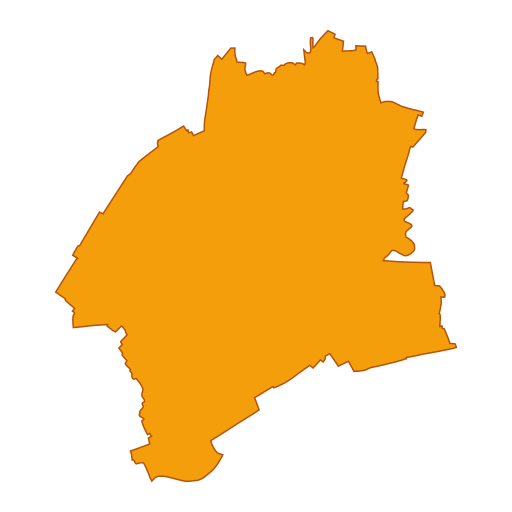 outline of Thai Binh, Thái Bình, Vietnam
{"feature_id": "81297802B85054848055124", "entity_name": "Thai Binh", "entity_type": "district", "adm_level": 2, "iso_a3": "VNM", "parent_name": "Vietnam", "parent_adm1": "Thái Bình", "projection": "orthographic", "projection_center": [106.35, 20.453], "detail": "fine", "context": "isolated", "style": "filled", "palette": "amber", "viewbox_px": 512, "rotation_deg": 0, "n_neighbors": 0, "source": "geoboundaries", "source_scale": "gbopen_adm2", "svg_char_len": 5967}
<svg xmlns="http://www.w3.org/2000/svg" viewBox="0 0 512 512"><path d="M217.7,55.5L214.2,59.7L212.5,66.3L211.8,68.4L211.0,72.0L210.4,75.4L210.0,79.7L209.8,83.3L209.4,86.8L208.8,90.2L208.4,95.2L206.7,107.6L205.1,117.3L204.4,123.4L204.2,130.8L193.5,135.6L191.6,131.9L189.2,132.8L187.7,131.3L188.3,130.7L188.4,130.4L188.4,130.1L187.9,130.0L186.5,130.6L183.6,126.0L175.1,131.2L158.0,140.4L157.7,141.8L157.5,143.3L157.8,145.4L158.2,146.7L149.3,153.4L138.9,161.6L138.1,162.7L136.8,164.7L135.3,166.4L130.8,173.4L129.8,174.2L127.5,175.9L105.2,210.3L103.1,213.8L99.5,212.1L79.6,245.7L78.2,245.9L77.8,246.2L74.0,252.6L72.7,255.3L77.7,258.2L76.4,259.2L66.7,274.4L55.7,292.1L64.5,298.2L64.8,298.5L65.5,300.2L65.9,300.8L69.0,303.7L74.6,308.3L72.4,311.1L74.3,312.5L74.6,313.1L74.4,313.7L73.4,315.2L73.0,316.5L72.9,318.4L72.9,321.8L73.3,327.6L81.7,326.8L89.1,325.9L95.4,325.3L107.5,324.5L107.0,326.0L112.6,330.3L115.3,331.9L117.3,330.2L121.4,326.0L122.2,326.3L125.4,330.6L125.6,332.2L126.2,333.4L127.1,334.8L123.2,339.0L121.1,341.0L120.7,341.6L120.6,341.9L120.7,342.2L122.3,344.4L118.9,348.1L122.5,353.0L122.5,353.5L122.0,354.8L123.1,356.4L126.9,360.7L125.3,363.5L125.3,363.9L125.6,364.3L127.8,366.8L129.8,368.6L130.4,369.3L130.4,369.6L129.9,370.6L130.0,371.0L131.5,372.8L131.8,373.3L131.9,374.3L131.9,376.7L132.1,377.4L132.5,378.1L132.9,378.7L133.7,379.1L134.2,379.2L135.6,378.6L136.0,378.6L136.6,379.1L139.6,382.6L141.6,386.0L142.5,387.9L142.9,388.9L142.9,389.5L142.7,391.0L142.1,393.1L141.9,395.1L142.0,396.1L142.4,397.0L144.0,399.2L144.4,399.9L144.5,401.1L144.5,401.5L144.1,401.9L142.6,402.8L142.2,403.3L142.4,404.5L143.2,406.2L143.1,407.1L142.1,408.6L140.4,410.4L139.9,411.4L139.4,414.0L139.4,415.5L139.5,415.8L140.1,416.3L142.9,418.1L143.7,418.7L143.9,419.1L143.8,419.4L143.6,419.7L141.8,420.9L142.1,422.3L143.5,426.4L147.5,434.6L149.7,433.5L151.5,436.4L148.4,438.0L149.7,444.0L140.1,447.6L130.4,451.0L131.5,454.1L132.2,460.0L133.0,459.9L133.5,460.0L134.0,460.4L135.5,463.3L135.9,463.7L136.3,463.8L136.9,463.7L139.6,462.9L141.2,462.7L143.3,462.9L143.7,463.2L144.9,465.3L148.4,473.2L150.0,477.6L151.8,481.1L154.9,478.0L155.9,477.3L157.7,476.4L159.8,476.1L164.2,476.3L169.2,477.3L170.7,477.7L172.2,478.0L175.6,479.0L182.2,480.6L185.1,481.2L186.9,481.3L190.5,481.1L197.1,480.4L198.3,480.1L200.7,479.2L202.1,478.5L204.5,477.0L210.4,472.1L213.1,469.7L214.7,467.8L217.6,463.9L219.9,460.2L222.2,456.2L222.8,454.8L221.9,454.6L218.3,453.3L217.2,452.7L216.1,451.4L215.5,450.8L214.3,449.0L211.8,444.3L210.8,440.6L220.3,434.7L236.6,424.2L253.5,413.6L259.1,409.9L254.6,397.7L273.0,386.5L273.8,387.8L277.8,386.3L284.5,383.0L291.7,378.5L298.2,373.5L309.8,365.3L313.1,368.0L320.5,359.9L323.1,362.0L324.6,359.9L325.0,359.1L325.2,358.5L325.2,356.2L329.6,353.7L332.8,358.0L336.7,363.7L338.3,366.2L348.4,361.2L354.0,371.4L358.1,371.2L363.4,370.5L365.3,370.0L370.8,367.6L378.0,366.1L394.8,362.1L402.7,359.9L404.2,359.2L406.5,358.7L406.2,357.5L414.8,356.0L423.3,354.1L437.4,351.6L452.5,348.5L456.3,347.4L455.9,345.8L455.0,343.8L449.9,343.4L447.9,337.6L444.4,329.1L444.0,328.6L442.5,328.6L441.8,325.8L439.8,326.6L440.3,318.3L440.2,315.9L440.2,315.1L439.9,314.4L439.1,313.4L440.3,309.1L441.1,304.2L441.3,302.1L440.9,296.9L444.6,297.3L445.0,295.4L444.9,294.7L444.7,293.7L444.3,292.8L441.9,288.8L440.2,286.8L439.5,285.9L436.3,285.7L434.7,285.5L430.3,262.5L422.5,262.5L410.1,262.2L398.0,261.7L383.2,260.6L384.4,258.3L385.4,257.2L386.8,256.3L388.3,254.9L390.4,252.3L391.5,250.7L391.9,250.5L394.2,250.5L396.0,251.0L399.4,253.2L402.2,254.4L403.2,255.2L404.4,255.6L406.5,255.7L408.9,254.8L411.4,253.2L413.1,251.6L414.5,249.5L414.6,248.9L414.5,245.2L414.1,244.0L411.5,240.8L409.0,238.8L407.6,237.9L406.4,237.4L406.1,237.1L405.7,235.8L405.6,234.6L405.6,233.7L405.7,232.4L405.9,232.0L406.3,231.4L407.7,230.1L411.1,227.3L411.8,226.1L411.7,225.5L411.6,225.0L411.2,224.5L410.0,223.8L408.4,222.9L406.4,222.1L404.8,221.3L404.3,220.6L404.2,219.8L404.3,218.9L405.2,217.8L406.6,216.9L411.1,212.8L412.7,211.1L413.2,210.1L411.8,209.1L410.0,207.7L408.9,207.8L406.3,208.8L404.3,209.1L402.6,209.0L403.3,201.5L406.2,201.1L406.9,200.7L407.3,200.3L407.6,199.6L408.1,197.7L408.3,195.2L408.1,194.8L406.8,193.7L406.4,193.2L406.4,192.5L408.5,185.2L406.3,184.3L404.3,183.9L403.9,183.6L403.8,183.4L404.0,183.3L406.5,181.3L406.8,180.8L406.8,180.4L406.7,180.1L406.5,179.7L404.5,179.0L402.0,178.5L401.5,178.2L401.4,177.7L405.0,164.8L408.0,155.5L410.5,146.5L412.9,147.1L425.7,132.4L425.8,129.6L423.3,129.5L419.6,129.7L416.9,129.6L415.4,129.4L413.8,128.8L416.3,120.2L418.2,114.9L421.8,116.2L423.4,112.2L416.8,110.4L409.5,108.7L403.6,106.9L400.8,106.0L394.2,102.6L391.2,101.6L388.2,101.4L385.4,101.5L382.4,102.3L380.9,102.9L379.2,97.1L378.3,93.6L378.0,89.9L378.0,84.1L378.1,82.3L378.0,81.6L376.6,81.4L376.7,79.2L377.9,78.9L377.9,76.1L377.6,67.7L377.2,66.1L376.8,64.8L376.1,62.7L375.3,61.1L375.0,59.1L371.8,51.9L367.6,53.5L367.3,53.4L366.1,49.1L365.5,46.1L360.2,46.0L355.9,45.7L356.0,50.0L355.7,50.1L352.4,50.7L348.7,50.9L344.5,51.0L342.4,51.2L343.5,41.2L334.4,38.0L333.9,37.7L334.0,37.1L335.0,34.6L335.0,34.2L327.9,30.7L320.4,38.6L314.6,46.4L313.1,47.6L312.9,45.5L312.9,39.9L312.8,38.4L312.6,37.6L311.1,37.7L310.5,38.0L310.3,42.2L310.8,50.3L310.5,51.9L310.1,52.5L308.9,53.0L307.3,52.9L306.4,52.5L303.8,49.8L304.9,59.7L305.2,60.9L305.3,62.6L305.0,63.8L304.7,64.8L302.4,63.6L301.3,63.3L298.4,63.0L296.9,62.9L295.1,64.9L293.1,63.2L292.0,62.8L289.4,62.7L288.3,62.8L287.2,63.1L285.8,63.7L285.0,64.3L284.4,65.3L280.9,65.2L279.5,66.5L276.9,68.2L276.2,68.9L276.1,69.3L275.8,71.6L275.4,72.5L274.8,72.5L274.5,72.7L274.2,73.1L274.0,73.9L273.6,74.7L273.0,75.2L272.2,75.1L271.5,74.6L270.7,73.7L269.6,73.0L268.9,72.9L267.3,72.9L266.6,73.1L264.8,73.8L263.3,71.7L262.6,71.1L260.9,70.9L259.2,70.9L256.2,71.6L253.6,72.6L247.1,75.4L245.8,72.8L244.9,69.3L245.0,67.6L245.5,65.0L245.6,63.0L243.4,62.5L237.4,62.2L236.9,61.9L236.5,59.7L235.2,55.8L234.8,51.3L234.9,48.1L230.8,48.1L221.8,59.3L217.7,55.5Z" fill="#f59e0b" stroke="#b45309" stroke-width="1.5"/></svg>